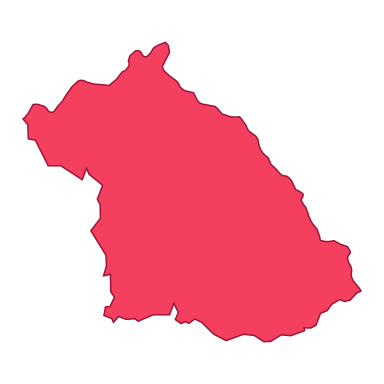 the district of Kriva Palanka, Kriva Palanka, North Macedonia
{"feature_id": "65306769B37694813292745", "entity_name": "Kriva Palanka", "entity_type": "district", "adm_level": 2, "iso_a3": "MKD", "parent_name": "North Macedonia", "parent_adm1": "Kriva Palanka", "projection": "equal_earth", "projection_center": [22.335, 42.244], "detail": "fine", "context": "isolated", "style": "filled", "palette": "rose", "viewbox_px": 384, "rotation_deg": 0, "n_neighbors": 0, "source": "geoboundaries", "source_scale": "gbopen_adm2", "svg_char_len": 2631}
<svg xmlns="http://www.w3.org/2000/svg" viewBox="0 0 384 384"><path d="M304.2,327.9L311.2,327.9L316.0,325.1L320.5,313.3L327.1,310.7L331.7,304.3L339.8,299.5L344.5,301.5L350.1,300.1L355.8,294.1L355.8,293.4L357.4,292.9L361.0,290.9L359.4,288.4L356.2,284.5L353.2,280.8L351.6,277.2L351.2,275.1L351.7,270.2L350.9,266.5L348.6,262.4L347.4,257.6L348.5,255.4L350.2,253.2L350.2,252.1L349.7,250.3L347.4,246.7L343.5,245.3L340.5,244.3L334.0,240.7L330.0,241.4L327.1,241.6L324.0,241.3L320.9,240.5L319.9,239.4L320.0,237.8L318.8,234.2L317.9,231.6L317.3,229.8L315.5,227.3L312.6,223.8L310.6,220.4L308.9,216.6L308.4,214.6L305.6,207.0L304.1,205.4L302.0,202.1L301.0,199.9L301.9,198.3L302.8,196.7L303.2,194.9L303.0,194.0L302.5,193.5L299.4,191.3L295.6,189.5L293.0,183.7L291.5,180.7L289.2,178.1L287.1,176.3L282.7,175.6L280.3,173.9L276.3,169.5L274.7,167.7L271.4,164.8L270.7,163.9L268.3,158.0L264.3,154.5L262.4,152.6L261.0,150.1L259.4,146.6L258.5,142.8L257.9,139.5L255.9,136.3L252.4,133.7L248.6,130.9L245.3,124.3L241.5,119.1L239.5,116.7L238.0,117.1L230.7,116.9L224.9,114.8L223.4,114.4L222.1,114.0L216.9,108.0L215.1,106.5L213.8,106.2L207.3,105.0L202.4,104.1L201.0,103.5L200.4,103.3L199.7,102.8L198.0,101.4L197.3,100.4L193.5,92.7L184.8,90.7L183.0,89.5L181.4,88.3L179.7,86.4L178.5,83.4L176.3,80.9L173.1,78.5L169.2,75.6L166.6,73.2L164.4,71.1L163.5,70.1L162.3,66.6L165.3,60.6L169.5,52.5L168.3,45.5L167.7,44.7L165.3,42.3L159.0,44.8L157.5,45.6L155.4,46.8L154.7,47.2L153.5,48.1L151.6,51.2L149.9,53.7L148.4,55.4L146.8,56.5L145.0,56.8L144.0,56.4L143.0,55.7L141.5,53.5L140.8,52.1L139.8,51.3L138.4,50.6L136.5,50.7L135.8,50.8L135.1,51.2L130.0,55.8L128.3,60.8L128.5,61.3L129.2,63.1L129.0,65.4L128.6,66.4L125.7,70.2L125.1,70.5L122.3,71.9L120.6,73.8L116.7,79.1L109.1,85.5L102.2,84.7L93.9,84.1L85.6,81.7L84.2,80.7L81.1,80.3L80.0,80.4L77.7,81.3L71.6,87.2L66.1,95.1L62.3,101.2L57.0,107.2L55.5,109.6L53.1,112.2L51.2,112.3L48.6,111.5L47.5,109.7L46.1,107.9L44.9,106.9L43.8,106.2L37.3,104.2L33.1,104.5L30.9,108.4L29.2,111.5L28.2,113.4L24.7,117.6L23.0,118.9L27.8,124.8L28.3,138.8L35.4,140.2L48.2,165.8L60.8,165.8L82.2,179.7L86.6,168.3L89.0,174.2L102.6,185.3L97.3,199.2L100.1,204.5L100.4,218.3L90.9,230.7L106.0,255.3L106.4,266.1L103.5,275.9L110.4,274.3L110.8,291.8L114.5,297.2L109.9,306.6L105.5,306.9L103.9,315.5L111.7,318.5L113.5,322.4L118.5,316.5L125.8,319.3L135.0,318.8L138.2,321.2L153.1,314.8L169.5,314.8L173.9,303.4L178.3,312.4L175.3,319.6L181.1,323.6L185.3,321.6L188.8,323.4L194.8,319.0L201.4,322.2L213.9,334.3L226.1,340.6L243.7,334.2L254.3,335.5L263.9,341.7L270.8,341.3L281.2,334.9L290.8,335.7L304.6,330.6L304.2,327.9Z" fill="#f43f5e" stroke="#9f1239" stroke-width="1.5"/></svg>